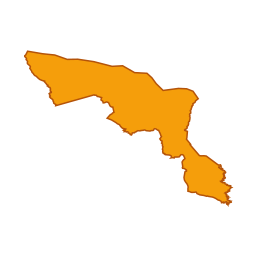 the district of Ahafo Ano South West, Ashanti, Ghana, rotated 274°
{"feature_id": "2480657B58897854519282", "entity_name": "Ahafo Ano South West", "entity_type": "district", "adm_level": 2, "iso_a3": "GHA", "parent_name": "Ghana", "parent_adm1": "Ashanti", "projection": "equal_earth", "projection_center": [-2.174, 6.894], "detail": "fine", "context": "isolated", "style": "filled", "palette": "amber", "viewbox_px": 256, "rotation_deg": 274, "n_neighbors": 0, "source": "geoboundaries", "source_scale": "gbopen_adm2", "svg_char_len": 5800}
<svg xmlns="http://www.w3.org/2000/svg" viewBox="0 0 256 256"><g transform="rotate(274 128 128)"><path d="M145.2,54.3L158.7,91.9L158.4,92.4L158.5,93.9L158.2,94.4L157.3,95.1L157.3,96.2L156.5,99.6L154.9,99.1L154.0,99.2L153.0,100.9L151.3,101.5L151.6,103.0L152.5,104.6L152.2,106.2L151.5,107.1L149.7,108.0L148.4,108.9L147.8,110.3L147.8,111.4L142.7,112.9L142.5,112.4L141.7,111.4L140.9,110.9L140.1,109.4L136.3,106.5L134.9,111.0L132.5,115.7L131.5,117.1L130.7,119.3L128.9,120.6L128.6,121.1L128.0,121.6L127.3,122.7L126.8,125.6L126.4,125.2L126.0,125.6L125.8,125.4L126.2,124.7L125.5,123.7L125.4,124.1L125.0,124.1L124.7,124.6L124.6,125.1L124.4,125.2L124.2,125.0L124.3,125.9L124.2,126.3L123.9,126.7L124.2,127.3L124.2,127.9L123.8,128.5L123.0,128.6L123.0,129.3L122.3,130.1L122.3,130.5L121.5,130.8L121.3,132.0L121.9,132.3L123.4,132.6L123.7,134.8L124.6,135.6L124.9,136.6L125.7,137.4L126.0,138.0L126.0,140.3L126.3,140.6L126.3,141.3L126.7,142.2L126.6,143.0L127.2,144.4L127.0,145.5L126.6,146.2L126.5,150.3L126.9,150.8L127.3,153.2L127.7,153.7L128.6,153.9L129.2,154.7L129.0,156.0L128.0,157.6L127.8,158.7L124.5,160.6L122.5,161.4L121.8,162.0L119.4,160.5L117.8,161.7L117.4,162.8L115.9,162.9L115.3,162.5L114.8,163.1L114.2,163.5L112.5,163.6L111.8,164.2L109.1,163.8L108.5,164.3L106.5,164.3L105.4,164.8L105.4,165.3L105.1,165.3L104.9,165.7L104.9,166.5L104.6,166.5L104.6,166.1L104.0,167.0L103.9,171.4L103.7,172.0L103.0,173.2L101.7,173.4L101.2,173.0L101.5,174.1L101.4,176.2L102.2,176.3L102.3,176.5L102.5,179.4L102.8,181.1L105.1,182.7L105.2,184.4L104.4,185.4L101.6,186.9L101.2,186.8L100.2,185.7L99.2,185.0L97.8,184.3L93.4,185.3L92.1,185.0L91.6,185.3L91.5,186.9L91.0,187.9L90.6,188.3L90.3,189.2L90.0,189.3L89.0,189.3L88.7,188.2L88.3,187.9L82.6,187.3L80.1,187.9L78.5,188.9L76.3,190.8L74.7,191.7L73.2,192.2L72.3,192.0L69.1,192.2L68.8,194.0L68.3,195.4L68.2,196.1L68.5,199.0L68.8,199.7L68.8,200.2L68.7,200.6L67.4,201.4L66.3,204.4L66.0,208.3L65.4,211.2L65.7,212.1L65.4,212.8L65.0,217.1L64.5,218.8L63.7,220.7L62.4,223.0L62.2,224.4L61.8,225.0L61.6,225.7L61.0,226.2L60.0,226.5L60.4,227.5L60.1,227.9L59.9,228.9L60.0,229.1L60.3,228.5L60.7,228.5L60.4,229.7L60.6,229.8L61.4,231.1L61.2,231.6L60.7,232.0L59.9,231.7L59.9,231.9L60.1,232.0L60.0,232.3L59.6,232.3L59.4,231.8L58.9,231.9L58.7,232.6L58.4,232.9L59.6,232.7L59.6,233.0L59.3,233.8L59.6,233.9L60.2,233.6L60.4,233.8L60.6,234.5L61.1,234.5L60.9,235.3L61.1,236.0L61.6,235.7L62.1,236.0L62.1,235.2L61.9,235.2L61.8,234.8L62.0,234.8L62.2,234.4L62.5,234.4L62.4,234.1L62.6,233.6L62.9,233.3L62.8,233.0L63.4,232.1L64.9,232.0L64.6,232.6L64.7,232.9L64.9,232.7L65.3,232.7L65.6,232.3L65.6,232.0L66.2,231.3L66.3,231.5L66.2,231.6L66.3,232.9L66.5,232.5L66.8,232.7L67.1,232.4L66.6,231.7L67.1,231.4L67.0,231.1L67.4,230.8L68.1,231.0L68.6,230.7L68.7,230.8L68.9,230.1L69.2,229.9L69.8,230.2L69.7,229.8L70.2,229.8L70.2,229.5L70.5,229.8L70.3,230.5L70.7,230.6L71.1,231.3L70.9,231.5L70.7,232.3L70.9,232.0L71.3,232.3L71.5,231.8L71.9,232.3L72.1,232.3L72.1,233.7L72.7,233.7L72.8,233.4L72.7,233.1L73.0,232.7L73.3,233.5L73.8,233.5L74.0,233.8L74.7,234.0L75.4,234.8L75.7,234.6L75.7,235.0L75.9,235.5L76.4,234.5L77.2,234.3L77.5,234.4L77.6,233.9L77.4,233.4L77.6,233.2L77.5,232.9L78.2,232.9L77.4,232.5L77.4,232.2L77.9,231.4L77.8,230.6L78.2,230.4L78.6,230.7L78.7,230.4L79.0,228.8L79.5,228.5L80.1,228.5L80.2,227.5L80.0,227.2L80.1,226.9L80.0,226.3L80.3,225.8L80.6,226.1L80.8,225.8L81.0,225.7L81.2,225.1L80.9,224.5L81.2,224.2L81.3,224.8L81.7,225.0L82.0,225.0L82.0,225.3L82.2,225.6L82.4,227.1L83.1,226.7L83.2,226.4L83.5,226.4L83.6,225.9L83.9,226.0L83.8,227.1L84.1,227.6L84.6,226.7L84.9,226.8L85.1,227.2L84.9,227.6L84.6,227.7L84.8,228.3L85.3,228.4L85.3,227.7L85.7,227.8L86.2,227.2L86.3,227.4L86.5,227.2L86.7,227.5L87.1,227.5L87.1,226.9L87.3,226.8L87.7,227.2L88.3,226.5L88.8,227.1L89.4,226.3L89.7,226.5L90.1,227.6L90.0,228.3L90.7,228.5L90.9,228.3L90.8,227.8L91.6,227.6L91.8,227.3L92.1,227.2L92.3,226.6L92.2,225.9L92.6,225.6L92.8,225.0L93.0,225.4L93.6,225.4L93.6,225.2L94.1,224.9L94.2,224.7L93.9,224.2L94.1,224.1L93.6,223.4L95.0,221.3L95.5,221.4L95.5,222.7L95.9,223.1L95.8,223.6L97.1,223.3L97.7,222.8L97.3,221.1L98.0,219.7L105.5,208.0L105.6,205.7L105.3,202.7L105.4,201.5L105.5,201.1L114.4,192.3L115.7,191.1L116.1,191.6L120.9,187.1L122.3,187.4L128.8,187.5L129.6,184.7L130.0,184.6L130.5,185.0L130.3,185.3L130.6,185.3L130.6,185.5L131.9,186.9L132.5,187.0L133.7,186.7L134.6,187.8L135.2,187.8L135.8,188.1L136.8,188.1L137.3,187.9L138.5,188.2L139.0,188.8L141.3,189.1L143.2,189.1L144.0,188.6L144.6,188.9L145.4,188.5L146.2,188.5L146.5,188.6L147.1,189.5L148.5,189.5L149.5,188.9L149.9,188.9L150.6,189.7L151.5,189.6L152.9,190.2L153.6,190.0L154.1,190.5L154.7,190.4L155.2,191.2L155.7,191.3L156.8,191.0L158.1,192.9L158.8,193.3L159.7,193.4L162.1,196.0L169.2,190.3L171.2,183.8L171.0,175.6L167.9,160.4L174.2,153.0L179.8,148.3L183.9,143.1L183.7,130.7L189.7,118.3L188.4,107.8L191.8,89.3L193.1,73.1L192.2,62.6L195.7,49.9L196.1,37.7L197.6,22.5L193.6,20.8L193.0,20.0L192.1,20.0L190.6,21.7L190.1,21.9L189.1,21.6L188.7,22.2L187.3,23.2L185.8,23.0L185.0,23.4L183.4,25.5L182.6,26.3L181.4,26.2L180.6,25.9L178.2,27.8L176.8,28.4L176.0,29.4L175.4,30.0L174.9,30.2L173.8,31.4L173.6,32.1L173.1,33.0L171.6,34.7L170.3,36.5L169.3,39.4L169.2,40.7L169.0,41.3L168.8,41.1L168.6,41.4L168.4,41.3L167.9,42.0L167.6,42.1L167.2,42.7L166.6,43.1L166.5,43.4L165.5,44.0L165.2,44.4L165.3,44.5L165.2,44.7L165.2,45.0L164.5,45.1L164.2,44.9L164.1,45.5L163.8,45.5L163.4,45.8L163.4,46.2L162.9,46.9L162.9,47.4L161.8,47.9L161.3,47.7L160.9,48.0L159.9,47.8L158.6,49.0L158.4,49.0L158.5,48.6L158.1,48.6L158.2,48.1L157.6,48.1L157.4,47.6L156.8,46.9L154.7,48.2L154.5,47.9L154.4,48.1L154.0,47.9L153.3,48.2L153.2,48.0L152.3,48.9L152.1,49.6L151.7,49.9L151.7,50.1L151.0,51.0L150.5,51.2L149.7,51.3L149.3,51.8L147.6,52.2L146.9,53.3L146.4,54.4L145.2,54.3Z" fill="#f59e0b" stroke="#b45309" stroke-width="1.5"/></g></svg>